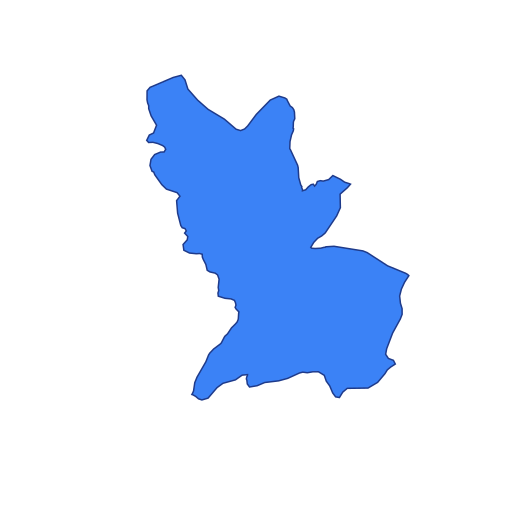 SVG path tracing the border of Kogi, rotated 28°
{"feature_id": "NGA-2865", "entity_name": "Kogi", "entity_type": "State", "adm_level": 1, "iso_a3": "NGA", "parent_name": "Nigeria", "parent_adm1": "", "projection": "orthographic", "projection_center": [6.621, 7.634], "detail": "fine", "context": "isolated", "style": "filled", "palette": "blue", "viewbox_px": 512, "rotation_deg": 28, "n_neighbors": 0, "source": "natural_earth", "source_scale": "10m", "svg_char_len": 2730}
<svg xmlns="http://www.w3.org/2000/svg" viewBox="0 0 512 512"><g transform="rotate(28 256 256)"><path d="M400.2,201.6L399.5,209.5L399.9,216.9L401.6,223.9L405.7,229.9L409.7,233.9L412.4,238.9L413.0,243.9L412.8,259.9L414.9,276.5L416.6,281.9L421.0,284.3L426.3,283.6L429.7,286.0L427.0,290.9L425.4,294.9L425.1,299.4L422.7,310.5L416.9,320.0L398.7,330.0L396.5,335.5L396.1,341.8L392.4,343.0L388.0,340.9L382.1,336.1L376.8,333.5L372.3,329.3L365.5,328.9L360.5,331.6L356.1,335.0L351.8,336.6L349.3,338.9L341.4,349.2L334.6,355.6L323.1,363.6L317.9,370.0L311.8,374.7L308.4,373.1L306.2,369.9L305.2,369.1L304.6,367.1L304.6,365.8L304.2,364.7L299.7,367.7L296.0,375.0L286.6,383.9L283.4,390.5L280.4,404.0L275.8,408.5L272.3,409.1L268.7,408.3L265.6,408.2L264.4,408.4L264.4,406.5L264.2,404.4L261.4,396.6L260.8,390.7L261.4,372.9L260.6,365.6L260.8,363.3L262.3,357.9L265.9,350.2L266.2,349.0L266.1,342.8L266.2,341.4L267.4,338.2L268.1,331.0L269.7,325.9L270.3,323.3L270.1,320.6L269.7,319.4L267.5,314.6L267.2,313.4L263.6,312.3L261.7,311.2L261.4,308.8L259.8,306.9L257.8,305.3L254.1,305.6L248.5,307.9L241.6,309.2L239.8,306.6L239.3,304.0L237.4,301.5L234.3,293.8L230.9,290.7L228.0,290.3L222.8,291.7L219.6,291.5L215.7,287.0L211.1,283.8L209.1,282.1L207.7,279.7L205.0,280.3L202.3,282.0L195.9,284.6L189.6,284.8L186.2,280.1L187.7,274.0L186.6,270.8L182.2,269.3L182.7,266.6L180.4,265.1L177.6,265.7L175.3,264.4L166.7,255.0L159.9,244.4L160.8,238.9L156.6,237.1L145.5,239.0L139.3,237.2L128.5,231.8L126.3,229.9L124.4,230.0L119.9,225.9L117.9,219.9L118.9,214.0L122.9,209.1L126.0,207.3L126.2,204.2L124.2,202.7L121.6,202.3L116.5,202.8L111.6,204.0L107.9,206.2L105.2,205.2L105.0,199.3L107.8,195.5L106.8,187.2L97.6,181.5L92.1,176.3L90.7,173.7L88.4,171.7L86.4,169.2L82.3,161.3L83.3,156.8L99.1,137.2L105.2,131.5L110.6,133.8L117.5,140.6L131.3,145.8L144.8,149.0L163.8,150.0L178.9,153.4L183.5,152.5L186.3,149.2L187.6,145.1L189.8,130.8L195.4,111.6L201.2,104.1L207.3,102.9L209.6,103.1L210.6,104.0L215.7,107.5L218.5,107.9L220.7,109.1L222.4,110.9L225.8,116.6L225.9,119.1L226.2,120.3L228.3,124.6L228.6,125.7L229.4,125.9L229.9,127.1L230.2,128.3L230.5,132.3L232.3,139.0L235.4,145.4L236.5,146.0L250.1,156.3L251.7,158.1L257.0,166.8L262.2,172.3L263.9,173.2L264.0,173.9L266.0,175.7L266.4,176.6L268.8,174.2L269.7,170.5L271.2,167.1L272.9,165.7L274.9,166.8L275.5,164.5L275.2,161.4L277.4,159.3L280.2,158.3L284.3,154.4L286.1,148.9L294.5,148.6L299.6,149.2L304.5,148.3L305.7,148.2L304.6,152.9L301.2,161.9L307.8,173.7L308.4,182.7L306.3,203.1L304.6,207.4L302.1,211.4L300.6,216.9L300.3,222.7L301.5,223.0L304.7,221.6L309.5,218.7L312.1,216.3L313.1,215.8L313.3,215.1L320.3,210.8L348.0,201.3L352.6,200.8L376.8,202.9L396.2,201.0L398.5,201.1L400.2,201.6Z" fill="#3b82f6" stroke="#1e3a8a" stroke-width="1.5"/></g></svg>